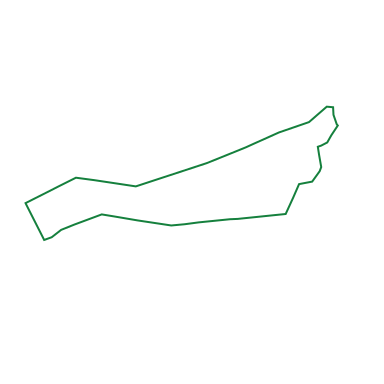 Hojambaz, Chardzhou, Turkmenistan (Mercator projection), rotated 71°
{"feature_id": "10190150B33787597924926", "entity_name": "Hojambaz", "entity_type": "district", "adm_level": 2, "iso_a3": "TKM", "parent_name": "Turkmenistan", "parent_adm1": "Chardzhou", "projection": "mercator", "projection_center": [64.12, 37.845], "detail": "fine", "context": "isolated", "style": "outline", "palette": "green", "viewbox_px": 384, "rotation_deg": 71, "n_neighbors": 0, "source": "geoboundaries", "source_scale": "gbopen_adm2", "svg_char_len": 802}
<svg xmlns="http://www.w3.org/2000/svg" viewBox="0 0 384 384"><g transform="rotate(71 192 192)"><path d="M157.8,31.0L155.2,36.8L159.1,46.5L164.0,58.6L164.0,59.0L164.0,90.3L166.5,118.1L167.3,126.5L168.1,141.4L168.1,141.5L169.5,168.7L168.4,243.3L149.0,280.5L140.7,297.1L143.2,315.9L145.7,333.8L148.3,353.0L148.6,353.0L167.4,350.4L186.1,347.8L189.2,347.4L189.1,339.4L185.3,328.3L185.2,328.0L184.5,313.8L183.8,284.6L184.2,283.9L189.9,273.3L201.1,252.8L216.9,222.5L220.2,209.0L220.2,208.9L222.9,195.6L230.1,165.0L232.3,157.6L235.9,142.2L240.5,122.5L243.3,110.6L230.3,98.2L219.4,88.2L220.3,81.9L221.3,75.0L213.9,64.5L210.5,61.7L198.0,59.7L190.2,58.3L190.2,58.0L190.2,54.8L189.2,48.0L183.8,41.9L176.6,32.5L175.1,33.1L166.7,33.1L165.1,33.1L157.8,31.0Z" fill="none" stroke="#15803d" stroke-width="2"/></g></svg>